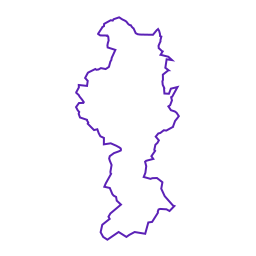 Mangu, Plateau, Nigeria (Mercator projection), rotated 358°
{"feature_id": "59680162B68239008143557", "entity_name": "Mangu", "entity_type": "district", "adm_level": 2, "iso_a3": "NGA", "parent_name": "Nigeria", "parent_adm1": "Plateau", "projection": "mercator", "projection_center": [9.188, 9.38], "detail": "fine", "context": "isolated", "style": "outline", "palette": "violet", "viewbox_px": 256, "rotation_deg": 358, "n_neighbors": 0, "source": "geoboundaries", "source_scale": "gbopen_adm2", "svg_char_len": 2600}
<svg xmlns="http://www.w3.org/2000/svg" viewBox="0 0 256 256"><g transform="rotate(358 128 128)"><path d="M123.0,17.1L117.4,18.8L116.5,20.1L114.5,19.7L107.8,23.1L107.5,25.4L105.8,26.3L105.5,27.0L101.4,32.8L101.4,33.0L103.5,34.5L109.3,34.8L109.2,34.9L111.3,35.7L111.5,36.5L111.7,39.9L110.9,42.1L110.3,44.8L110.5,46.8L118.1,49.5L115.4,54.9L114.2,57.2L113.7,59.5L112.7,61.0L111.1,66.2L109.6,67.2L107.7,68.3L103.0,67.2L100.5,68.5L98.4,68.7L97.4,67.9L90.1,71.2L89.7,71.7L89.6,71.8L86.9,76.5L89.4,79.5L88.5,84.5L80.3,83.3L80.3,85.8L77.5,90.5L77.5,91.0L79.9,93.3L80.7,94.9L83.1,98.1L84.7,100.6L84.2,101.4L79.9,101.3L76.8,105.3L78.4,108.6L79.8,110.3L79.2,112.1L80.4,115.8L87.3,118.4L87.4,119.2L88.5,121.2L87.9,122.3L94.0,128.9L97.3,128.2L98.6,132.3L100.1,135.3L103.6,137.1L103.3,143.5L110.2,142.7L115.6,145.3L118.8,147.2L120.0,148.2L120.2,149.5L120.0,150.2L117.8,151.1L113.1,152.6L108.8,155.5L108.1,157.9L108.7,160.1L110.3,164.4L108.9,171.1L108.9,171.3L109.0,172.6L109.5,173.2L103.9,182.5L102.3,185.9L107.7,187.3L110.1,193.6L111.3,195.1L113.7,196.5L114.2,200.2L118.3,204.3L107.4,212.8L105.4,216.0L106.5,218.2L98.9,223.8L97.0,231.2L99.4,236.0L103.5,238.9L115.0,231.6L122.6,236.8L125.5,234.9L131.0,232.2L141.5,234.3L145.0,223.1L148.8,222.7L154.9,213.8L154.9,212.4L155.7,210.5L157.2,210.0L163.6,210.6L166.6,212.4L171.6,207.6L170.2,207.0L162.3,197.4L159.1,189.8L160.5,183.5L160.5,183.4L155.2,179.0L150.6,179.0L148.7,179.6L142.0,177.5L143.8,173.4L144.9,166.8L143.9,162.3L145.0,161.4L145.6,161.3L146.7,161.0L149.5,160.4L152.2,159.8L150.4,157.0L154.3,151.8L153.5,150.8L154.8,145.7L156.9,143.9L158.4,141.4L155.4,137.6L158.1,134.5L160.1,134.1L163.7,131.5L166.2,131.9L173.1,128.4L173.1,128.0L175.3,122.6L177.8,119.7L179.2,117.9L177.1,114.5L175.4,113.1L171.5,111.7L169.1,107.8L170.9,106.7L172.9,101.9L172.2,98.7L173.3,98.2L178.9,88.8L172.2,90.2L170.1,95.2L165.6,94.8L165.4,89.9L165.7,89.5L164.2,86.0L164.1,84.1L164.0,82.6L164.6,81.1L164.7,75.9L170.4,71.7L170.5,71.7L167.4,69.1L167.7,67.7L169.0,60.7L174.4,61.7L170.8,58.2L164.0,56.2L163.1,56.0L165.3,52.7L164.8,52.5L164.0,51.7L163.3,51.0L162.4,50.1L161.5,49.3L161.5,48.1L161.4,47.7L161.4,46.9L162.5,44.5L163.5,42.6L163.5,41.4L163.6,41.0L164.3,38.5L164.5,37.8L163.3,37.3L163.2,34.9L162.6,32.5L162.5,32.0L161.5,30.2L161.1,30.6L160.3,31.1L159.2,32.3L156.2,35.7L154.0,35.6L144.5,35.1L143.1,35.0L140.9,34.6L139.0,33.5L138.2,31.5L137.0,28.6L136.6,28.4L135.6,27.3L135.3,27.0L134.4,25.4L133.3,25.2L132.4,24.6L131.7,23.9L130.5,22.2L130.3,21.9L129.3,21.0L127.9,20.2L126.3,19.4L125.4,18.8L124.7,18.3L123.9,17.7L123.0,17.1Z" fill="none" stroke="#5b21b6" stroke-width="2"/></g></svg>